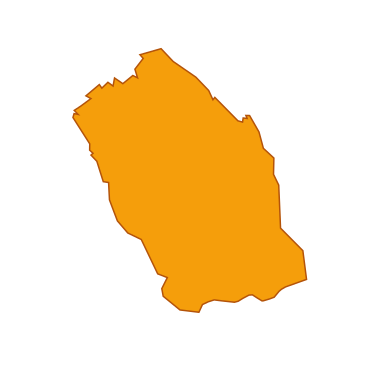 Vrapchishte, Vrapcište, North Macedonia (Robinson projection), rotated 224°
{"feature_id": "65306769B7593203088025", "entity_name": "Vrapchishte", "entity_type": "district", "adm_level": 2, "iso_a3": "MKD", "parent_name": "North Macedonia", "parent_adm1": "Vrapcište", "projection": "robinson", "projection_center": [20.844, 41.875], "detail": "fine", "context": "isolated", "style": "filled", "palette": "amber", "viewbox_px": 384, "rotation_deg": 224, "n_neighbors": 0, "source": "geoboundaries", "source_scale": "gbopen_adm2", "svg_char_len": 1051}
<svg xmlns="http://www.w3.org/2000/svg" viewBox="0 0 384 384"><g transform="rotate(224 192 192)"><path d="M103.5,110.3L106.3,118.3L104.1,124.2L101.1,129.8L95.1,134.3L84.9,142.2L83.8,144.0L82.9,145.5L81.5,151.0L79.4,157.4L77.1,160.0L71.4,161.1L66.0,162.3L65.1,163.3L62.0,168.8L59.8,173.4L60.1,177.5L60.4,180.9L60.1,184.1L58.8,188.7L48.9,208.7L71.5,226.8L103.2,227.5L134.4,257.2L145.6,261.3L156.7,273.3L171.0,273.0L185.5,281.7L203.7,287.0L206.4,284.5L203.4,283.2L206.6,280.8L204.2,277.4L208.4,275.1L241.3,275.9L241.0,272.9L250.5,276.6L269.0,277.3L296.2,272.8L313.8,273.6L324.8,254.6L319.9,254.2L318.4,240.7L310.5,236.3L315.5,234.7L317.0,221.9L326.9,220.2L322.4,213.4L328.7,212.5L329.0,204.1L333.3,204.9L335.1,187.5L329.6,189.0L331.7,176.5L333.4,168.9L327.8,168.7L331.3,166.5L329.4,162.9L299.0,155.6L294.7,151.0L290.1,151.1L290.3,148.4L281.8,148.0L263.0,137.8L258.6,140.9L245.9,129.0L225.6,119.4L209.7,117.9L195.5,122.6L159.8,109.3L150.3,113.3L146.6,101.5L140.3,97.0L118.7,98.8L103.5,110.3Z" fill="#f59e0b" stroke="#b45309" stroke-width="1.5"/></g></svg>